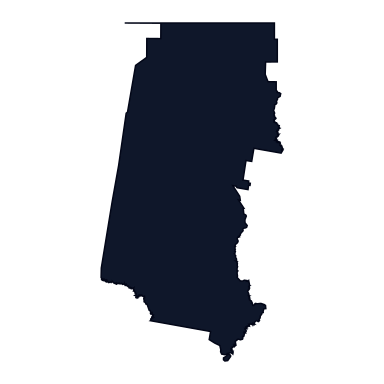 the district of Vera, Santa Fe, Argentina
{"feature_id": "61730980B38020683731034", "entity_name": "Vera", "entity_type": "district", "adm_level": 2, "iso_a3": "ARG", "parent_name": "Argentina", "parent_adm1": "Santa Fe", "projection": "mercator", "projection_center": [-60.689, -29.083], "detail": "fine", "context": "isolated", "style": "filled", "palette": "ink", "viewbox_px": 384, "rotation_deg": 0, "n_neighbors": 0, "source": "geoboundaries", "source_scale": "gbopen_adm2", "svg_char_len": 6084}
<svg xmlns="http://www.w3.org/2000/svg" viewBox="0 0 384 384"><path d="M274.4,23.0L124.7,23.0L160.9,23.2L160.8,38.6L146.8,38.5L146.7,57.4L135.6,65.4L127.5,112.2L126.2,113.2L118.6,165.7L112.2,201.5L101.3,268.0L101.1,277.5L101.9,279.0L101.6,279.6L102.1,280.0L102.7,279.0L103.5,279.9L103.3,280.5L104.2,280.7L104.3,279.3L104.7,279.7L104.6,280.4L105.5,280.0L105.6,280.9L106.0,280.4L106.4,280.5L106.5,279.9L107.2,280.3L107.0,281.0L106.3,280.9L107.3,281.4L106.7,281.9L106.9,282.1L108.0,281.6L108.8,282.6L110.5,281.9L111.1,282.5L111.6,282.0L112.4,282.0L112.4,281.4L114.2,283.3L114.8,283.0L115.4,283.5L116.5,282.8L116.6,283.2L115.9,283.9L116.5,284.2L117.7,283.4L118.8,283.6L119.1,283.1L119.8,283.8L120.8,283.8L121.3,283.3L122.4,283.6L122.2,284.1L122.6,284.4L123.4,284.0L124.3,284.5L124.5,283.5L125.1,285.1L126.2,284.1L126.6,284.8L125.8,285.0L125.9,285.5L127.1,285.7L128.0,286.5L128.5,286.2L129.1,287.9L130.3,288.1L130.7,287.6L131.2,288.6L131.7,287.9L133.0,288.5L133.7,288.0L133.3,289.2L134.1,289.7L133.5,291.0L134.4,291.1L134.8,292.0L135.4,292.2L135.1,293.1L136.1,293.5L135.9,294.7L134.8,295.4L136.1,295.8L135.9,297.3L136.8,297.0L137.3,297.4L137.2,298.0L138.0,297.7L137.8,296.3L138.8,296.5L138.7,295.8L139.5,295.7L139.2,295.0L140.1,295.0L140.3,295.9L141.5,295.8L141.6,295.1L142.4,295.4L142.7,296.2L143.8,296.6L144.5,296.2L144.7,297.6L144.0,297.7L143.8,298.2L143.8,299.2L144.6,300.4L144.0,300.9L144.2,301.9L145.2,302.3L146.1,304.2L146.7,304.0L147.2,304.6L149.2,310.3L150.3,310.6L150.3,311.4L150.9,312.0L151.0,312.6L150.4,313.1L150.7,314.0L151.2,314.1L152.1,313.1L152.2,314.3L152.7,314.7L152.6,315.4L153.4,315.2L153.0,316.3L153.5,317.0L151.8,317.0L151.7,317.6L152.3,318.2L150.8,318.9L150.7,319.3L151.4,320.1L150.5,320.7L210.6,331.5L209.2,339.6L214.8,343.1L219.8,345.5L220.8,349.7L220.6,351.8L221.7,354.1L224.8,354.7L227.3,354.4L226.8,355.9L223.5,357.9L223.5,359.8L224.9,361.0L227.7,360.6L230.6,356.5L230.6,355.5L230.1,354.9L226.9,354.0L227.2,353.4L229.1,353.5L229.2,352.9L230.3,352.6L231.2,353.1L231.6,352.8L232.8,354.0L233.1,352.5L232.7,351.9L233.1,351.2L232.0,351.0L232.1,350.1L231.1,350.1L231.6,349.2L231.1,348.7L232.2,347.9L232.5,347.4L232.3,346.9L233.8,346.6L234.1,346.9L234.5,346.5L234.2,345.8L234.7,346.1L235.4,345.9L234.7,345.9L235.1,345.7L234.6,345.5L235.4,345.0L234.9,344.5L235.5,344.5L235.2,344.1L235.7,343.9L235.2,341.3L236.9,340.3L237.0,339.6L238.3,339.1L240.4,339.8L242.5,339.2L242.9,337.8L242.5,337.3L242.6,336.4L244.3,336.3L243.9,336.2L244.3,334.1L243.8,333.0L245.4,333.0L244.9,332.3L245.4,332.5L246.3,330.9L244.9,329.2L245.1,328.8L246.0,328.8L245.3,328.3L246.2,328.2L245.9,327.3L246.9,327.6L246.4,326.7L246.6,326.3L247.9,326.5L248.1,326.0L248.8,326.1L248.4,325.7L249.2,325.4L248.9,324.6L249.5,324.9L250.2,323.6L251.0,324.2L251.5,323.9L251.4,324.1L251.6,324.5L251.5,324.1L252.0,324.0L251.9,324.5L252.5,324.8L252.7,324.3L252.9,324.8L253.0,324.5L254.1,324.8L254.3,324.2L253.7,324.2L253.5,323.6L254.3,323.8L253.9,323.4L254.6,322.7L254.6,321.9L256.7,320.6L258.2,321.6L258.7,321.5L259.4,320.5L258.8,320.1L260.1,317.9L260.3,316.0L261.7,314.2L261.6,313.6L262.6,312.6L263.2,312.5L263.1,311.5L263.8,308.8L265.8,308.6L265.5,305.4L264.4,304.9L263.6,305.1L263.3,304.8L263.8,304.4L260.9,303.4L257.0,303.8L255.8,303.4L255.4,304.1L254.9,303.8L254.2,304.9L253.2,305.1L253.3,305.5L252.7,305.4L252.3,303.0L251.7,302.9L252.0,302.6L251.4,301.0L249.6,300.1L249.4,299.6L249.7,299.3L248.9,299.2L249.4,299.0L249.6,297.8L249.1,297.8L249.3,297.0L248.9,296.5L249.4,296.1L249.1,296.1L249.1,295.2L248.4,295.2L248.7,293.6L247.7,291.6L247.9,290.6L249.0,289.6L248.6,289.2L249.5,288.3L248.8,287.2L249.3,287.0L248.9,286.4L249.6,285.8L249.2,285.8L249.6,285.2L248.7,280.6L248.2,281.2L248.0,280.8L248.0,281.2L247.3,281.3L247.2,280.8L246.4,281.1L246.4,280.5L244.3,280.2L242.5,281.1L240.3,280.9L237.1,277.4L237.5,276.1L237.1,273.3L237.2,271.6L237.8,271.0L237.3,270.8L237.0,269.6L237.5,269.2L237.1,269.4L237.0,268.8L237.6,266.5L237.2,265.6L237.4,263.4L236.7,262.6L237.4,261.8L236.0,261.0L236.6,261.0L236.4,258.7L235.9,258.2L235.4,256.1L235.7,255.8L234.3,253.7L234.9,253.4L235.2,251.8L234.8,251.4L235.3,251.2L234.8,250.2L235.3,249.2L234.9,248.8L235.1,246.8L234.9,246.5L235.3,246.3L234.9,246.0L235.6,244.3L236.9,243.3L237.6,242.5L237.5,241.8L238.0,241.6L238.1,240.9L237.1,238.8L237.5,237.6L239.3,236.9L238.8,236.5L239.4,236.4L239.2,235.8L240.4,235.0L240.3,233.9L243.1,230.7L242.7,229.1L244.1,228.1L245.5,227.9L246.6,227.3L247.2,225.5L245.0,222.7L244.9,219.8L246.3,216.1L245.9,215.1L243.8,213.9L243.2,208.0L243.8,208.1L238.4,199.9L240.3,200.3L239.7,196.3L232.8,185.6L235.9,186.1L237.1,187.7L248.0,189.6L248.6,185.2L250.0,185.4L250.3,183.3L248.5,183.0L248.7,181.0L243.0,180.1L246.0,160.5L251.7,161.4L253.9,148.3L281.1,153.1L282.3,151.1L281.7,151.4L281.6,150.2L282.4,150.0L282.9,149.2L281.9,149.2L282.5,148.2L281.9,146.9L282.0,145.6L281.8,146.1L281.2,146.0L281.2,145.6L280.7,145.9L280.7,145.3L279.9,145.1L280.3,143.4L279.8,143.3L280.0,142.7L279.5,142.6L279.6,142.2L278.8,142.3L279.3,141.9L277.8,141.3L277.8,141.9L277.2,141.5L277.2,142.0L276.6,141.9L277.0,140.8L275.3,140.5L276.3,140.0L275.8,139.9L276.2,139.4L275.5,139.2L276.2,138.4L275.6,137.9L275.8,137.3L277.0,137.0L276.8,136.6L278.2,136.1L278.4,135.6L277.9,135.7L277.7,135.2L278.9,134.2L278.0,134.2L278.4,133.2L277.9,133.9L277.9,132.9L277.5,133.2L277.5,132.8L276.6,132.8L277.3,132.6L277.0,131.7L278.0,131.7L276.9,131.2L277.5,130.8L278.0,131.1L277.4,130.3L278.5,130.1L278.5,129.1L279.7,128.3L278.5,128.0L279.2,127.2L278.3,126.6L278.9,126.8L279.2,125.7L278.2,125.7L277.6,124.1L276.3,123.5L276.5,122.8L274.2,122.3L274.6,121.5L274.0,121.2L274.3,120.3L273.8,120.6L273.6,119.8L274.2,119.3L274.9,119.4L275.8,118.6L275.4,118.3L275.6,117.7L274.7,117.2L274.8,116.8L274.2,116.1L274.5,115.8L274.0,114.8L274.4,113.9L274.1,113.7L274.6,113.0L273.5,110.3L274.3,108.6L274.7,105.8L274.5,104.8L276.0,104.2L276.7,103.3L276.8,102.5L276.4,101.3L277.5,99.3L277.5,98.4L277.9,97.6L280.1,96.4L280.7,93.6L279.3,92.7L277.2,92.5L277.4,91.7L276.2,90.2L276.2,81.8L268.0,81.7L265.2,74.4L265.6,62.0L277.3,61.9L277.3,39.3L274.4,39.3L274.4,23.0Z" fill="#0f172a" stroke="#020617" stroke-width="1.5"/></svg>